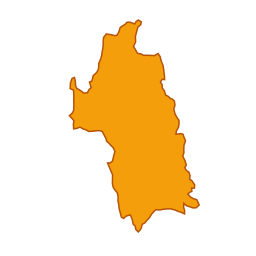 the district of Boa Vista das Missões, Rio Grande do Sul, Brazil, rotated 169°
{"feature_id": "56859067B43366987034812", "entity_name": "Boa Vista das Missões", "entity_type": "district", "adm_level": 2, "iso_a3": "BRA", "parent_name": "Brazil", "parent_adm1": "Rio Grande do Sul", "projection": "equal_earth", "projection_center": [-53.341, -27.704], "detail": "fine", "context": "isolated", "style": "filled", "palette": "amber", "viewbox_px": 256, "rotation_deg": 169, "n_neighbors": 0, "source": "geoboundaries", "source_scale": "gbopen_adm2", "svg_char_len": 2224}
<svg xmlns="http://www.w3.org/2000/svg" viewBox="0 0 256 256"><g transform="rotate(169 128 128)"><path d="M181.5,137.5L178.4,137.4L174.9,138.0L172.5,135.8L169.6,134.2L167.1,132.1L163.4,131.6L161.1,131.4L158.8,131.2L156.5,130.9L153.9,129.5L152.8,125.7L151.7,122.1L151.5,119.1L149.7,116.8L148.2,114.3L146.3,111.5L145.3,107.5L147.2,103.7L149.6,98.4L152.4,97.1L154.7,97.6L152.1,84.9L153.1,80.3L153.9,76.5L153.9,72.9L152.5,69.3L150.9,66.5L150.8,62.3L151.8,58.6L151.7,55.0L152.1,50.6L151.7,45.1L151.5,41.7L149.5,40.0L146.6,41.9L142.3,42.2L141.3,37.7L141.3,32.7L139.6,30.1L139.7,27.0L137.8,24.0L135.5,25.6L133.9,27.6L132.4,30.8L129.6,31.6L127.2,33.6L123.9,36.0L121.4,38.8L118.5,41.1L116.2,42.5L112.1,41.4L109.2,41.5L105.5,41.2L102.1,40.7L99.7,39.6L97.4,38.5L95.1,36.8L92.2,35.3L88.9,32.9L88.2,36.0L88.5,39.6L87.6,43.3L85.1,40.3L82.4,38.9L79.3,37.1L76.1,36.7L72.8,38.9L74.2,44.6L77.4,46.2L79.7,48.3L81.9,51.7L79.8,53.1L77.4,53.6L77.0,56.9L74.3,56.3L73.4,59.5L75.4,64.2L77.3,66.1L76.2,69.1L76.6,72.9L79.0,75.4L79.7,78.4L77.8,80.6L78.3,85.1L79.6,90.0L77.9,92.9L77.3,96.3L76.4,100.2L74.0,104.5L74.8,108.4L75.2,111.4L77.3,112.4L79.7,112.5L82.1,112.7L81.2,115.6L78.4,119.0L77.1,122.3L76.5,125.7L78.2,129.7L79.2,133.3L79.4,138.0L77.6,141.2L77.3,145.6L78.9,147.8L80.9,149.2L82.7,151.6L84.7,153.0L85.2,157.3L86.7,160.9L86.2,163.8L87.4,166.9L85.1,169.3L82.8,168.5L82.3,172.0L82.1,175.2L81.8,178.4L81.7,182.6L82.5,186.9L82.9,192.1L84.3,195.4L88.3,194.0L93.3,195.3L98.9,196.4L101.2,198.3L104.3,199.4L105.3,202.2L107.0,207.0L104.0,211.3L103.3,216.4L99.1,225.1L95.8,227.0L94.7,229.7L97.3,232.0L99.6,231.1L101.6,228.8L105.6,231.4L108.9,232.0L110.9,230.4L113.3,229.5L116.5,228.1L118.7,224.0L121.2,221.1L123.7,221.3L126.5,222.7L131.3,224.5L134.7,221.5L135.9,217.7L136.5,214.2L137.8,210.3L139.1,207.1L140.1,203.9L142.2,200.1L144.5,196.8L145.0,193.7L146.3,190.6L148.3,188.4L152.1,186.1L154.5,181.0L157.1,180.4L156.4,174.7L159.1,173.0L161.1,170.3L164.7,170.7L167.8,174.1L170.8,176.8L171.4,180.0L170.8,183.4L170.9,187.8L173.5,187.3L176.0,182.9L177.3,177.7L174.3,175.6L174.7,172.3L175.3,168.7L176.0,165.6L176.7,161.0L178.1,155.4L180.2,153.0L183.2,151.3L179.7,145.6L180.9,142.1L181.5,137.5Z" fill="#f59e0b" stroke="#b45309" stroke-width="1.5"/></g></svg>